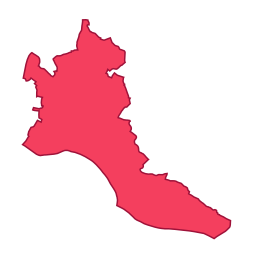 Campo De La Cruz, Atlántico, Colombia, rotated 93°
{"feature_id": "7082276B53254947845178", "entity_name": "Campo De La Cruz", "entity_type": "district", "adm_level": 2, "iso_a3": "COL", "parent_name": "Colombia", "parent_adm1": "Atlántico", "projection": "orthographic", "projection_center": [-74.896, 10.416], "detail": "fine", "context": "isolated", "style": "filled", "palette": "rose", "viewbox_px": 256, "rotation_deg": 93, "n_neighbors": 0, "source": "geoboundaries", "source_scale": "gbopen_adm2", "svg_char_len": 5827}
<svg xmlns="http://www.w3.org/2000/svg" viewBox="0 0 256 256"><g transform="rotate(93 128 128)"><path d="M83.7,235.2L83.9,234.1L84.3,233.1L85.9,232.3L86.3,232.2L86.3,231.7L86.1,230.7L85.7,229.8L85.0,228.8L84.6,228.3L83.2,227.5L86.7,222.3L87.6,222.9L88.5,223.7L90.5,221.4L91.9,222.3L93.9,221.3L95.0,220.9L95.7,220.9L96.9,221.0L101.5,220.8L101.0,219.9L101.9,215.1L102.7,215.5L103.6,215.7L104.4,215.8L107.4,215.9L109.5,215.4L110.2,215.4L110.4,215.3L110.5,215.1L110.4,214.9L110.2,214.4L110.2,214.2L110.4,214.0L111.0,214.0L111.7,214.3L112.5,215.0L112.8,215.8L112.8,216.6L113.0,216.9L113.5,217.3L112.6,223.4L114.9,224.1L115.1,223.7L115.4,221.9L115.6,217.7L119.1,217.7L121.5,217.5L122.5,217.4L124.0,214.5L126.7,215.1L125.1,218.8L131.1,221.9L131.8,222.8L132.5,224.9L137.0,227.0L137.3,227.0L139.4,227.4L139.4,227.2L140.2,227.5L141.6,226.6L142.5,227.3L146.3,229.3L150.1,232.4L151.4,229.9L159.0,218.0L159.8,215.8L160.1,214.2L159.3,210.2L159.1,208.2L157.9,200.4L157.1,197.1L154.5,191.9L153.8,190.2L153.6,189.1L153.5,187.6L153.7,186.2L154.0,185.0L154.5,183.8L155.1,179.6L156.8,174.0L158.9,169.1L161.8,163.7L163.1,161.6L164.2,160.2L166.4,157.6L170.2,153.8L172.1,152.1L173.8,150.7L176.2,148.4L178.7,146.3L180.3,145.2L184.6,142.6L189.1,139.3L191.0,138.0L192.5,137.1L194.0,136.4L196.5,135.7L197.5,135.3L199.0,135.0L200.5,134.7L202.8,134.8L206.0,135.1L208.5,129.4L209.3,127.8L212.6,122.8L216.7,118.0L218.3,116.3L219.5,114.2L220.9,110.5L222.7,106.8L223.8,103.1L225.6,95.7L226.2,92.3L226.5,89.6L226.7,85.9L226.5,82.0L226.7,75.3L227.5,61.3L228.0,56.4L229.3,46.7L231.4,41.6L233.9,36.2L231.7,33.6L226.0,25.3L224.4,23.7L222.0,21.5L221.3,21.1L219.4,20.8L215.1,20.8L213.4,25.1L211.8,28.0L210.6,31.1L210.0,32.1L209.8,32.2L209.7,33.0L209.3,33.8L208.3,33.9L208.1,34.0L207.9,34.6L207.7,34.9L206.9,35.1L206.3,35.1L205.7,35.3L205.5,35.5L205.0,36.9L205.1,37.3L205.4,38.1L205.3,38.8L205.2,39.1L204.8,39.6L203.5,41.2L203.2,41.7L203.0,42.8L202.6,43.5L202.4,44.8L202.1,45.5L201.8,46.1L200.6,47.4L199.1,49.3L199.1,49.5L198.3,50.7L197.0,52.5L196.1,53.4L195.2,54.0L193.4,58.6L191.7,61.4L191.0,63.1L190.5,64.0L188.4,63.3L187.9,63.8L187.6,64.3L187.0,64.8L185.9,65.3L185.0,65.5L184.6,65.8L183.8,67.1L183.0,69.3L182.7,69.6L182.3,70.0L181.4,70.9L180.7,71.8L180.3,72.4L180.2,73.3L179.7,74.8L179.6,75.4L178.7,77.2L178.6,77.5L178.4,78.9L178.4,80.1L178.5,82.2L178.6,82.8L177.9,84.8L177.6,86.2L177.3,88.0L175.2,87.8L172.6,86.7L171.4,86.6L171.7,88.3L172.0,89.3L172.7,90.7L172.8,91.3L172.9,92.9L172.9,94.7L173.2,95.6L173.7,96.4L174.0,97.5L173.7,98.9L172.7,101.3L172.7,101.8L172.7,102.8L173.0,105.1L172.8,107.3L172.6,108.6L171.8,111.1L171.4,112.0L170.5,113.1L169.2,113.7L168.8,113.8L168.5,113.7L168.3,113.6L167.9,113.2L167.7,112.5L167.1,111.4L166.7,111.1L165.9,110.8L165.1,110.7L164.4,110.9L163.8,111.1L158.3,105.9L158.0,106.4L157.3,107.1L156.2,108.3L154.3,110.1L153.0,111.6L152.7,112.4L152.6,112.8L152.2,113.3L151.9,114.2L151.6,115.1L151.4,115.4L150.7,115.9L150.3,116.1L147.8,116.4L146.7,116.7L145.9,117.1L145.4,117.5L144.4,118.7L143.7,120.0L143.4,120.3L141.9,120.8L140.8,120.9L139.8,120.7L139.2,120.3L138.8,119.9L137.8,119.4L137.4,119.2L136.7,119.1L136.2,119.2L135.5,119.6L135.2,119.8L134.3,121.2L133.2,122.7L132.9,123.2L132.3,124.0L131.3,125.7L130.5,125.2L129.1,124.7L128.8,124.7L127.9,124.7L127.0,125.0L126.2,125.4L125.0,126.5L123.7,127.2L122.2,127.1L121.7,126.9L121.1,126.2L120.5,126.5L120.3,127.3L120.3,127.9L120.2,128.3L120.2,129.8L120.0,132.7L119.5,134.2L118.7,136.4L118.2,138.4L116.9,138.1L116.0,137.7L113.4,136.2L111.5,135.3L110.2,134.3L108.5,133.3L108.1,132.8L108.0,132.5L107.6,132.3L107.3,132.0L107.2,131.5L107.2,130.8L107.0,130.2L106.5,129.7L105.8,129.2L104.5,128.0L104.2,127.7L103.8,127.4L103.5,127.1L99.8,128.1L98.1,127.4L97.8,129.1L96.5,129.1L95.6,129.4L93.6,130.3L88.2,132.5L86.9,133.2L85.7,133.6L84.5,133.7L84.5,133.8L84.8,134.1L84.4,134.1L83.4,134.7L81.6,135.4L80.7,135.4L78.2,135.2L77.9,135.2L77.6,135.0L75.9,141.3L73.7,144.4L76.6,146.3L78.7,147.0L77.6,150.4L75.1,151.3L74.5,152.8L72.6,151.9L70.5,151.3L70.7,151.0L71.3,150.2L72.0,149.2L70.2,147.3L69.7,146.4L69.5,145.9L69.8,143.2L69.8,142.7L69.6,142.1L69.3,141.7L68.5,140.8L66.0,138.5L65.9,138.4L65.8,137.8L65.7,137.5L64.9,136.7L62.6,134.3L61.7,134.7L60.5,134.9L57.2,134.9L53.4,134.9L52.6,134.9L52.0,135.1L51.3,135.6L51.0,136.1L50.7,137.3L50.4,138.0L50.1,139.2L49.8,140.3L49.5,140.6L48.2,141.2L47.6,141.6L47.1,142.1L46.9,142.8L46.6,144.1L46.3,145.1L46.0,145.6L45.1,146.6L44.2,147.5L43.7,148.3L38.9,150.4L41.6,156.5L40.7,160.1L39.6,159.9L38.8,162.1L35.6,165.4L35.2,166.0L34.5,169.0L33.9,169.8L33.8,170.4L33.7,170.8L32.9,171.3L31.8,172.1L29.6,173.2L28.9,173.9L28.2,174.1L27.5,174.1L27.2,173.9L27.0,173.1L27.1,172.4L26.2,172.3L24.9,172.5L22.9,173.6L22.6,173.8L22.3,173.8L22.3,174.6L22.1,175.6L22.4,179.0L24.3,178.9L25.3,179.0L26.8,179.1L28.2,179.3L32.9,179.5L34.7,180.5L36.6,181.4L37.8,181.7L39.1,181.8L41.0,182.3L44.9,183.4L46.5,183.3L47.9,183.5L49.0,183.4L52.7,182.3L52.7,183.3L52.9,184.4L53.0,185.3L53.2,185.9L53.6,186.2L54.0,187.2L54.0,188.6L55.2,188.6L55.7,190.5L56.5,191.9L57.1,193.4L57.4,194.4L57.5,194.8L57.9,196.4L58.6,197.6L59.1,198.5L59.3,198.8L59.3,199.3L59.6,200.5L59.6,202.2L59.8,202.9L60.0,203.2L61.1,204.5L61.8,205.1L62.3,205.7L62.5,206.0L62.9,206.3L63.7,206.2L64.9,205.4L67.5,204.1L70.1,202.4L71.0,202.0L71.4,201.9L72.6,201.8L74.2,202.0L74.5,202.0L75.2,201.8L75.4,201.6L75.2,202.1L74.7,202.6L75.4,204.9L76.6,204.0L77.0,203.9L78.1,203.9L78.8,204.0L79.1,204.3L80.7,205.6L79.7,207.9L79.1,208.3L78.6,208.7L77.8,209.9L76.1,211.7L73.6,214.5L73.2,215.3L73.1,217.0L72.9,217.9L72.3,218.8L71.7,219.4L71.1,219.8L70.9,219.9L70.7,220.7L68.1,219.9L66.8,219.6L64.5,219.8L63.3,220.1L62.9,220.3L61.7,221.3L61.4,221.7L61.2,222.1L60.2,223.7L59.1,225.8L57.8,227.9L57.9,228.1L58.4,228.7L58.9,229.2L60.5,230.3L61.1,230.7L65.0,232.1L69.8,233.2L83.7,235.2Z" fill="#f43f5e" stroke="#9f1239" stroke-width="1.5"/></g></svg>